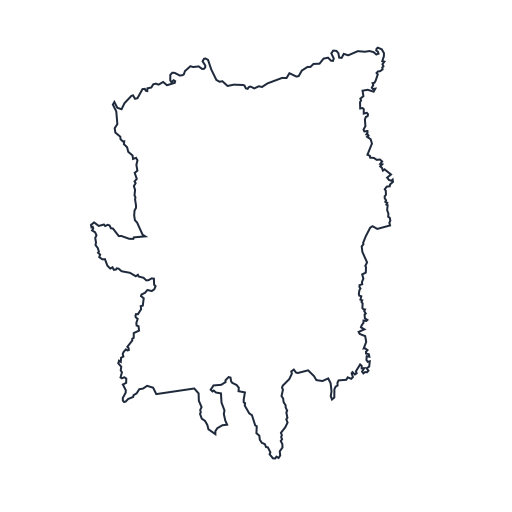 outline of Encruzilhada do Sul, Rio Grande do Sul, Brazil, rotated 171°
{"feature_id": "56859067B74487303198442", "entity_name": "Encruzilhada do Sul", "entity_type": "district", "adm_level": 2, "iso_a3": "BRA", "parent_name": "Brazil", "parent_adm1": "Rio Grande do Sul", "projection": "orthographic", "projection_center": [-52.659, -30.587], "detail": "fine", "context": "isolated", "style": "outline", "palette": "slate", "viewbox_px": 512, "rotation_deg": 171, "n_neighbors": 0, "source": "geoboundaries", "source_scale": "gbopen_adm2", "svg_char_len": 6111}
<svg xmlns="http://www.w3.org/2000/svg" viewBox="0 0 512 512"><g transform="rotate(171 256 256)"><path d="M414.1,312.5L414.0,310.0L412.7,310.3L412.5,308.4L413.9,306.9L411.2,304.6L410.3,301.4L412.0,298.9L411.9,294.4L412.8,291.9L411.0,288.6L410.5,284.9L411.5,283.9L409.7,281.8L411.0,279.4L408.2,276.7L405.7,276.5L404.3,269.7L401.9,266.4L399.5,267.3L398.6,264.6L396.5,264.5L395.5,265.6L393.7,265.0L391.2,262.0L383.1,259.1L377.9,254.8L375.6,255.9L375.1,254.1L370.5,252.1L368.2,249.1L366.0,248.9L362.7,250.2L360.4,249.6L361.1,243.5L359.9,241.9L361.7,239.0L364.4,237.7L368.6,239.4L371.4,237.0L375.1,235.9L375.9,234.4L373.5,231.8L375.6,224.7L377.7,224.5L377.8,221.4L381.8,216.9L383.6,217.4L384.4,215.9L384.4,214.3L382.7,212.4L384.7,208.5L384.8,206.0L383.0,205.0L383.2,200.6L388.8,199.0L389.6,194.3L391.2,193.6L391.5,191.8L397.3,186.4L396.2,184.9L396.4,183.0L397.7,182.8L399.2,184.1L401.9,181.8L403.0,180.0L402.7,177.5L405.2,176.6L406.1,172.6L407.7,174.0L408.8,171.6L406.4,167.7L407.5,164.2L406.6,162.1L408.8,157.2L407.7,156.2L405.0,156.8L403.3,155.2L404.1,151.0L407.6,149.9L405.6,143.8L406.1,141.4L409.8,136.6L410.1,133.9L409.1,132.4L407.5,132.6L404.6,134.8L399.4,136.0L398.7,137.7L395.4,139.0L392.1,142.7L388.4,142.7L383.8,144.8L378.2,142.0L376.1,135.2L337.7,134.8L334.2,129.3L335.1,121.9L333.4,115.3L335.2,112.6L335.0,110.2L336.0,108.8L335.0,103.8L332.2,101.2L330.5,96.8L330.1,92.3L324.0,86.4L323.5,89.4L321.1,92.0L315.7,94.1L310.9,93.9L312.1,98.4L312.5,105.0L311.3,108.3L313.0,116.6L312.1,125.8L316.9,127.4L318.8,129.7L320.1,129.0L321.7,131.0L318.2,134.8L310.6,134.2L305.8,136.2L305.6,138.0L302.0,140.7L300.2,139.9L300.2,136.3L299.4,134.5L295.3,131.6L293.6,128.6L294.4,125.2L288.3,123.0L290.7,115.8L291.0,113.3L289.8,112.3L290.5,110.0L287.3,101.6L284.9,99.4L283.3,88.9L281.9,87.7L283.3,80.9L280.8,78.0L281.0,74.0L279.5,70.6L276.7,68.8L276.0,65.8L274.2,65.1L272.5,59.8L273.6,58.1L270.9,53.5L268.7,53.0L267.2,54.6L265.3,53.0L263.3,55.2L263.1,59.4L259.8,62.7L259.4,66.1L260.5,69.4L258.9,70.9L259.5,73.2L258.5,74.9L259.0,77.5L254.0,82.1L250.9,86.5L251.6,90.0L250.3,91.3L250.5,96.8L249.4,98.3L250.4,101.7L250.1,103.8L251.6,107.3L251.5,111.0L252.7,113.7L250.3,119.7L250.9,121.9L249.8,123.8L242.5,129.1L239.0,134.1L239.2,136.5L236.4,137.9L234.8,134.7L233.1,133.9L222.4,134.9L217.5,128.3L215.8,124.0L209.9,122.1L203.8,123.8L202.2,118.6L202.6,110.4L204.1,105.9L203.4,102.4L200.8,104.0L199.4,112.2L197.8,114.5L195.7,115.3L195.4,118.0L193.9,120.2L186.2,119.6L184.4,121.8L181.1,119.8L179.2,121.3L179.9,125.2L178.9,126.2L176.8,123.5L174.9,124.5L175.4,126.4L170.1,132.6L168.8,131.0L169.2,128.5L166.7,128.3L169.3,125.2L168.3,123.3L166.3,124.3L164.6,123.8L162.9,125.1L164.3,127.8L161.5,129.1L160.1,134.2L162.2,134.0L163.2,136.1L162.3,139.7L159.8,138.8L159.9,141.3L162.6,142.5L162.4,144.2L160.6,145.6L162.8,147.8L164.1,147.8L160.6,153.9L160.7,159.8L165.8,162.8L166.5,165.0L160.4,166.6L163.5,169.1L162.5,171.0L160.4,173.1L159.9,175.4L157.2,174.6L156.0,175.4L158.2,177.4L157.9,181.3L156.6,182.0L157.7,184.6L156.7,186.1L158.2,186.5L159.1,188.0L158.1,192.4L159.0,194.1L158.0,195.6L159.7,196.5L158.3,199.7L160.2,200.7L160.4,202.3L159.2,206.1L157.9,207.6L158.7,209.3L158.3,211.0L155.5,211.5L155.4,213.8L153.5,216.8L154.0,221.2L150.2,222.4L149.1,227.7L149.6,229.1L147.3,232.3L150.3,243.4L150.1,249.0L148.1,250.7L148.1,252.3L144.5,258.3L138.8,266.1L136.2,267.2L132.0,263.8L118.8,265.2L119.1,268.0L117.8,269.9L117.9,272.8L119.3,274.1L118.6,276.9L119.3,280.9L118.0,285.6L119.2,286.4L118.0,288.0L119.8,289.3L118.8,290.7L119.8,292.8L119.6,294.8L118.1,296.1L117.6,300.1L118.4,301.8L115.9,304.1L113.0,303.9L112.4,305.7L109.1,307.8L109.1,310.1L110.5,309.2L112.7,310.2L114.2,312.9L109.9,315.4L115.5,321.5L117.3,320.5L117.8,323.4L119.3,325.1L117.0,326.8L118.9,327.5L116.6,329.6L118.5,331.9L121.8,332.1L124.2,334.4L127.9,335.3L127.9,337.2L130.1,338.6L123.9,348.9L124.5,353.4L127.6,356.3L126.0,357.2L126.6,358.5L127.9,358.9L126.6,360.4L126.4,362.0L129.5,362.1L130.0,364.1L127.6,367.2L127.1,373.8L125.7,376.2L123.9,376.6L123.2,378.5L124.2,380.1L127.3,379.8L126.6,384.2L127.5,385.4L130.0,385.4L129.2,391.6L127.9,393.2L128.3,395.1L124.9,397.1L124.9,402.6L119.7,402.7L114.1,399.9L112.0,402.6L114.4,402.6L115.3,404.1L113.4,406.6L113.8,408.5L111.9,408.6L110.5,410.3L107.3,416.4L108.3,417.9L106.7,419.2L104.6,419.1L101.8,420.5L101.8,422.4L100.4,423.5L101.1,425.6L98.8,427.9L100.8,428.7L98.4,433.4L97.9,436.3L99.4,440.4L103.0,442.7L104.4,442.0L105.1,440.2L103.6,438.6L103.3,436.7L105.6,436.2L108.0,439.0L111.9,440.7L116.5,440.7L123.4,442.4L133.5,439.8L137.7,441.9L140.4,438.3L142.8,438.9L142.9,443.5L144.5,446.0L147.6,446.8L149.9,444.4L148.3,438.9L149.4,436.7L151.3,437.1L153.8,440.6L158.4,440.4L163.2,436.0L169.2,436.7L172.7,434.2L175.5,434.7L181.7,432.0L185.7,427.0L188.0,426.9L194.4,431.3L198.0,427.0L202.4,427.8L217.6,424.7L223.6,422.0L226.7,423.2L231.5,421.8L234.9,424.2L236.8,423.9L238.1,422.4L239.8,423.2L240.8,426.3L242.4,427.0L251.1,428.7L257.5,428.4L261.9,433.9L264.7,433.8L267.6,436.1L271.0,447.2L272.7,457.2L275.1,459.0L276.5,458.9L278.3,456.7L276.3,452.0L276.6,450.3L278.1,449.0L280.0,449.2L282.9,452.2L288.6,452.5L291.1,453.7L297.3,449.7L298.7,446.9L300.1,446.1L302.9,446.1L307.7,449.6L310.0,450.1L312.3,448.3L313.2,442.9L312.3,440.8L309.9,442.5L308.5,441.3L309.2,439.7L317.2,438.6L320.5,442.4L325.4,440.5L328.0,441.9L330.7,441.6L333.0,438.8L337.0,438.6L337.6,435.9L339.0,436.5L339.7,438.5L342.0,438.6L348.4,430.4L350.9,430.2L352.3,433.9L354.1,433.6L362.0,427.5L365.8,422.0L369.8,424.1L371.8,430.3L373.7,427.9L371.4,420.7L372.3,408.0L375.6,404.3L375.6,399.9L371.4,395.1L371.5,392.5L369.6,390.0L368.2,389.9L369.0,387.1L366.3,383.6L365.9,378.9L362.2,374.6L362.3,371.1L359.1,371.7L358.1,369.0L359.9,364.7L359.8,358.8L362.8,357.1L361.7,350.8L364.3,348.6L363.5,346.8L365.7,344.1L365.1,340.3L366.5,334.9L365.9,332.9L366.6,330.7L366.6,324.6L367.0,322.3L368.9,319.8L370.0,315.0L370.0,310.3L368.2,307.6L364.7,294.8L362.3,292.7L373.7,293.5L374.5,292.1L378.5,292.8L386.0,296.9L388.4,297.1L393.0,305.5L395.0,306.1L395.8,309.0L397.5,310.0L400.3,309.2L401.3,310.9L406.6,310.3L410.7,314.5L414.1,312.5Z" fill="none" stroke="#1e293b" stroke-width="2"/></g></svg>